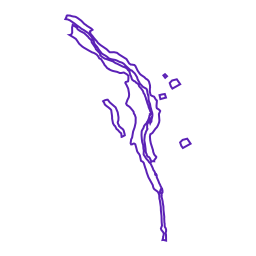 Adfu, Aswan, Egypt (Mercator projection)
{"feature_id": "37247803B96122561755956", "entity_name": "Adfu", "entity_type": "district", "adm_level": 2, "iso_a3": "EGY", "parent_name": "Egypt", "parent_adm1": "Aswan", "projection": "mercator", "projection_center": [32.835, 24.945], "detail": "fine", "context": "isolated", "style": "outline", "palette": "violet", "viewbox_px": 256, "rotation_deg": 0, "n_neighbors": 0, "source": "geoboundaries", "source_scale": "gbopen_adm2", "svg_char_len": 5814}
<svg xmlns="http://www.w3.org/2000/svg" viewBox="0 0 256 256"><path d="M166.1,240.6L166.0,234.7L165.6,233.0L166.1,231.2L166.1,229.7L165.7,228.2L165.1,227.4L164.7,226.4L164.6,223.3L164.4,222.8L164.2,218.2L164.3,217.1L163.5,210.0L163.4,206.4L162.8,203.1L162.7,201.7L162.0,198.4L161.5,196.8L161.5,195.1L161.6,194.3L161.9,193.3L162.2,192.9L162.5,192.4L162.5,190.7L162.1,188.9L161.6,188.9L160.9,189.4L160.3,190.8L160.2,192.0L160.7,192.7L160.9,193.3L160.1,192.6L160.0,191.5L160.4,190.3L160.9,189.1L161.7,188.7L161.8,188.5L161.1,187.0L160.6,186.2L160.1,184.8L159.2,183.2L158.4,181.0L156.9,177.6L156.7,177.2L156.7,175.2L156.1,174.1L155.9,174.2L156.1,175.1L155.9,175.2L155.5,175.0L155.3,174.8L155.1,174.2L155.1,172.9L154.4,171.3L153.4,170.0L152.7,168.0L150.7,163.8L148.9,161.9L148.2,160.7L146.7,159.2L145.7,157.8L144.7,156.1L144.0,155.2L143.6,154.3L143.8,150.4L143.4,148.5L143.2,145.2L142.2,142.1L141.8,138.9L141.5,135.1L141.7,131.2L142.2,130.1L143.5,127.9L143.8,126.8L144.2,125.8L145.3,124.4L146.6,123.2L146.9,122.2L147.6,121.3L148.8,118.5L149.4,116.3L149.5,115.5L150.0,115.2L149.9,114.1L150.8,114.0L151.0,113.2L151.0,112.5L150.3,111.5L150.0,110.3L148.7,107.3L148.3,105.4L147.5,103.6L146.6,100.5L146.1,99.3L145.8,97.7L145.0,95.9L144.7,94.7L143.5,92.9L143.2,91.7L142.8,90.8L140.7,87.9L140.0,87.3L139.5,86.7L138.9,85.8L138.7,84.9L138.3,84.2L137.5,83.5L135.8,82.4L135.5,81.8L134.6,81.2L134.0,81.1L132.2,79.7L131.8,78.8L131.0,76.2L130.3,74.9L129.3,71.2L127.9,70.0L127.3,68.9L125.6,67.6L122.8,66.6L117.1,63.7L115.5,63.1L113.0,61.4L105.6,58.8L104.9,58.7L102.5,57.2L101.4,56.4L100.1,55.0L100.1,53.9L100.0,53.5L95.9,49.2L95.7,48.7L95.6,48.0L91.7,42.3L91.5,40.6L91.0,39.9L88.9,37.9L88.4,37.3L88.0,36.5L87.2,36.0L86.7,35.4L85.1,34.0L84.6,33.4L83.8,32.9L80.1,31.0L77.7,29.3L77.3,28.6L77.1,27.9L76.5,27.6L76.1,27.1L73.9,25.8L73.6,25.4L72.7,24.9L72.3,26.9L72.1,27.2L72.2,32.7L71.1,34.8L69.6,35.0L74.2,37.8L75.8,38.9L77.0,40.5L79.2,43.8L82.2,46.5L83.8,47.6L88.6,50.4L92.2,52.4L93.6,52.8L95.3,53.7L96.7,54.6L98.1,56.2L99.3,58.4L101.0,59.1L103.9,63.6L104.5,64.9L105.8,66.3L107.1,68.0L108.9,69.2L109.0,69.1L109.8,69.7L111.3,70.4L113.1,71.0L117.2,71.9L119.8,73.0L121.2,73.0L123.8,72.5L126.7,74.2L128.3,75.6L128.4,76.6L128.4,78.2L128.2,80.9L128.0,81.4L125.7,82.0L125.3,82.9L126.5,85.0L128.2,88.6L128.9,92.6L129.1,94.2L129.0,96.1L128.7,97.4L127.4,100.0L126.1,103.6L126.9,105.1L129.5,106.8L130.7,108.1L132.9,110.8L133.6,111.8L133.9,113.6L134.7,114.6L135.7,117.5L135.6,122.9L134.6,127.4L133.1,131.6L132.1,137.6L131.2,139.3L130.6,143.2L131.1,144.4L132.0,144.4L133.4,143.6L134.3,143.6L135.3,144.3L136.4,148.3L137.1,151.1L137.9,152.6L139.1,154.0L139.9,155.6L141.0,160.8L142.7,161.7L143.7,162.8L145.2,167.7L146.0,169.8L146.8,172.8L148.5,177.4L152.8,185.2L153.1,186.8L153.6,188.2L154.3,189.2L157.7,191.7L158.5,193.1L159.2,194.9L159.4,198.8L159.8,200.0L160.8,207.0L160.9,210.5L161.5,215.9L161.7,222.4L162.0,225.6L160.9,228.5L161.3,229.8L163.2,232.2L163.8,233.6L163.5,235.7L163.1,236.6L163.1,237.8L162.5,240.0L163.4,239.9L166.1,240.6ZM154.2,161.3L154.1,160.4L156.2,157.6L156.2,156.6L155.6,156.2L154.2,154.5L153.2,151.8L153.0,150.2L150.8,143.3L150.2,140.1L149.9,136.6L150.3,134.3L152.4,133.0L155.4,128.8L156.9,127.2L158.0,125.2L159.1,122.4L159.4,120.4L158.9,114.1L160.2,111.0L159.8,110.4L158.7,109.4L156.9,108.3L156.6,107.4L156.5,105.8L156.9,100.8L156.8,100.4L155.9,99.7L154.1,96.7L151.8,95.8L150.5,94.9L149.8,91.4L149.9,88.5L150.1,87.3L150.0,86.3L150.0,85.4L149.0,81.7L148.2,80.4L146.8,79.2L145.8,78.7L144.4,77.2L141.0,74.9L139.8,73.8L137.6,70.6L135.4,66.0L134.4,65.0L131.8,64.6L130.8,64.6L129.2,63.5L126.5,59.1L119.3,54.6L117.0,52.8L114.1,52.2L110.0,52.3L109.3,51.9L106.7,49.3L100.4,45.0L97.9,42.9L96.8,41.3L94.0,38.1L92.5,36.1L90.6,33.9L89.9,31.4L92.5,29.8L91.5,28.7L87.2,26.0L85.7,24.8L84.3,23.9L81.4,20.8L77.6,18.0L76.1,17.1L75.0,16.7L73.3,16.5L71.5,16.1L70.2,15.6L67.2,15.4L67.0,15.7L66.5,16.2L66.5,16.9L66.1,17.6L65.4,19.1L67.6,19.4L69.8,20.3L74.5,23.5L76.9,25.4L80.6,28.0L81.2,28.7L81.9,29.0L84.0,30.2L88.4,33.2L90.9,36.1L91.7,37.2L93.0,39.5L93.6,40.7L94.5,43.8L97.2,47.0L98.9,49.8L102.0,53.7L105.5,55.7L107.1,56.8L108.8,58.3L109.6,58.7L111.7,59.3L115.1,59.9L116.0,60.2L117.6,60.9L119.5,61.9L121.8,62.6L123.7,63.7L125.5,65.6L129.7,69.5L130.7,70.3L131.6,70.4L134.8,73.5L137.1,77.3L137.5,79.0L138.4,80.8L139.4,82.4L139.8,83.6L140.7,84.4L142.9,86.8L146.1,88.6L146.7,89.2L147.0,90.0L147.6,93.5L148.5,96.6L148.5,98.2L148.7,100.4L149.2,102.0L150.0,104.0L150.5,107.1L151.1,109.0L151.4,110.4L151.8,111.5L152.2,112.8L152.4,114.0L152.4,115.7L152.0,117.8L151.6,119.1L151.4,121.6L151.2,121.9L150.7,122.2L150.2,123.3L150.1,123.0L150.2,122.5L150.5,122.0L150.9,121.7L151.0,121.2L151.0,120.5L151.3,119.7L151.5,118.4L151.5,117.4L148.8,121.9L147.6,123.5L147.2,124.4L147.1,128.2L147.5,128.7L147.5,129.0L146.3,131.0L145.7,132.5L145.5,133.5L144.9,134.7L144.4,139.1L144.3,140.4L144.9,143.6L145.6,149.0L145.7,151.2L146.0,152.8L146.7,154.3L147.0,155.6L148.0,156.8L148.8,157.0L149.2,157.3L149.6,157.8L150.7,160.0L151.3,161.8L151.9,161.3L153.0,161.2L154.2,161.3ZM122.0,136.8L124.8,135.3L124.6,134.0L123.6,130.3L122.4,128.7L121.7,128.4L119.1,126.1L118.7,124.9L118.0,123.7L117.7,122.3L118.4,120.2L118.5,117.4L117.7,112.3L115.6,107.4L109.8,102.4L107.7,99.7L106.5,99.8L104.8,100.3L103.4,101.0L103.1,101.2L104.2,102.9L104.8,104.5L106.5,106.0L108.3,107.3L110.3,109.0L111.2,110.1L111.9,115.0L112.1,116.7L112.1,118.6L113.0,123.3L114.2,125.4L115.1,126.1L116.6,129.1L117.7,129.8L119.8,132.2L121.2,133.3L121.3,134.0L121.6,136.9L122.0,136.8ZM172.4,88.6L180.2,84.2L176.8,79.3L172.1,80.5L169.7,83.0L170.9,86.4L172.4,88.6ZM190.6,143.7L187.2,138.7L182.6,139.9L180.1,142.4L181.3,145.8L182.9,148.0L190.6,143.7ZM160.4,99.1L166.0,97.6L164.8,94.0L161.8,94.5L159.5,95.1L160.4,99.1ZM167.0,76.2L165.0,74.2L163.4,75.4L165.2,77.8L167.0,76.2Z" fill="none" stroke="#5b21b6" stroke-width="2"/></svg>